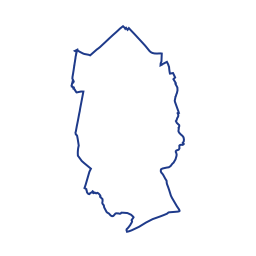 Ciclova Romana, Caras-Severin, Romania (Natural Earth projection), rotated 69°
{"feature_id": "2599482B12513068157947", "entity_name": "Ciclova Romana", "entity_type": "district", "adm_level": 2, "iso_a3": "ROU", "parent_name": "Romania", "parent_adm1": "Caras-Severin", "projection": "natural_earth1", "projection_center": [21.737, 44.976], "detail": "fine", "context": "isolated", "style": "outline", "palette": "blue", "viewbox_px": 256, "rotation_deg": 69, "n_neighbors": 0, "source": "geoboundaries", "source_scale": "gbopen_adm2", "svg_char_len": 5356}
<svg xmlns="http://www.w3.org/2000/svg" viewBox="0 0 256 256"><g transform="rotate(69 128 128)"><path d="M191.0,110.9L188.6,111.4L184.7,111.9L183.8,112.1L183.0,112.3L182.2,112.6L181.5,112.9L180.3,112.9L179.9,112.8L179.5,112.6L179.1,112.4L178.7,112.2L178.4,111.9L178.2,110.3L178.4,108.9L178.6,107.5L178.8,106.2L179.1,104.8L179.3,104.0L178.8,101.9L177.2,99.3L176.7,97.9L174.3,94.9L171.4,92.7L170.2,92.1L169.4,92.0L168.7,91.9L167.6,92.0L166.8,91.7L166.3,90.8L166.4,90.1L166.4,89.4L166.4,88.7L166.3,88.3L165.5,87.3L162.9,86.4L162.6,85.9L162.6,85.5L162.6,85.1L162.6,84.7L162.8,84.3L162.9,83.9L163.2,83.4L163.3,83.1L163.3,82.8L163.2,82.5L163.2,82.2L163.0,81.9L162.9,81.7L162.5,81.9L162.2,82.0L161.8,82.1L161.5,82.2L161.2,81.7L160.9,81.3L160.4,80.7L158.8,79.9L156.6,79.5L154.8,80.0L153.9,80.5L153.0,81.0L152.0,81.4L151.1,81.8L149.4,82.1L148.5,81.8L146.8,80.8L146.4,80.7L146.0,80.8L145.5,80.1L144.5,79.4L143.6,79.2L143.0,79.5L140.7,80.6L138.7,80.8L138.3,80.1L136.1,78.2L135.4,77.2L134.9,76.9L134.6,76.7L134.2,76.5L133.8,76.4L133.4,76.3L133.0,76.3L132.6,76.3L132.2,76.4L131.9,76.4L131.7,75.8L132.0,75.1L130.3,75.0L121.4,74.8L120.6,74.8L119.3,74.6L116.1,72.6L115.8,72.5L115.4,71.9L113.9,70.8L113.0,69.9L110.6,68.3L108.8,67.7L107.9,67.4L103.7,67.9L103.3,67.3L102.1,67.5L98.7,68.1L97.7,65.9L94.9,66.1L92.8,66.3L92.4,68.7L92.3,69.3L91.8,69.3L89.8,68.9L88.2,68.5L87.4,68.3L85.7,67.8L84.1,67.8L83.1,67.7L80.2,68.0L80.5,70.7L80.6,71.3L80.7,72.8L81.0,73.3L81.2,75.2L79.3,74.3L77.8,72.9L74.3,71.4L70.6,69.8L70.0,70.9L68.8,74.5L67.8,76.7L66.7,78.3L66.4,78.6L65.4,79.5L63.9,80.3L58.7,82.0L56.7,82.7L42.6,88.3L37.6,90.4L35.1,91.4L35.5,92.0L35.8,92.6L36.2,93.2L35.7,93.4L35.2,93.5L33.8,93.9L34.4,95.0L33.3,95.2L31.2,96.2L32.3,99.8L33.5,102.7L34.4,105.0L35.7,108.5L37.4,112.8L42.4,125.1L43.1,127.3L43.5,128.9L44.8,132.4L46.6,137.3L45.6,138.4L43.2,142.3L42.3,143.3L41.3,144.2L40.2,145.2L39.1,146.1L37.7,147.2L36.7,147.1L36.8,147.9L36.9,148.8L37.0,150.0L37.6,149.6L37.9,149.2L38.4,148.7L38.6,148.7L38.8,148.8L39.2,149.0L39.5,149.3L40.1,149.7L40.4,149.9L40.4,150.0L41.1,150.3L41.3,150.5L41.6,150.6L42.4,151.2L43.1,151.6L44.5,152.3L44.7,152.5L45.3,152.8L46.2,153.3L46.3,153.4L47.1,153.8L47.6,154.1L48.2,154.5L49.0,154.9L49.3,155.1L50.4,155.7L50.4,155.8L51.6,156.4L51.8,156.5L52.8,157.1L53.2,157.3L53.9,157.7L54.8,158.2L55.1,158.4L56.2,159.0L56.3,159.1L57.4,159.7L57.9,160.0L58.5,160.4L59.1,160.7L59.7,161.1L60.2,161.4L60.5,161.5L60.8,161.7L61.9,162.2L62.0,162.2L62.3,162.2L62.9,162.2L63.1,162.1L63.5,162.2L63.8,162.1L64.2,162.1L64.6,162.0L65.1,162.0L65.4,162.3L65.8,162.6L66.0,163.0L65.8,163.2L65.6,163.3L65.5,163.5L65.4,163.5L66.0,163.9L66.4,164.3L66.8,164.5L67.1,164.7L67.7,165.1L68.3,165.6L68.5,165.6L68.8,165.5L69.1,165.6L69.2,165.4L69.1,165.2L69.4,165.0L69.7,165.0L69.8,165.0L70.1,165.0L70.4,165.0L70.6,164.9L70.8,164.8L70.9,164.7L71.0,164.7L70.8,164.3L70.7,164.1L70.8,164.0L71.1,164.1L71.3,164.2L71.5,164.4L71.6,164.6L71.8,164.7L72.0,164.3L72.2,164.2L72.4,164.1L72.7,164.1L73.0,164.1L73.2,163.9L73.3,163.9L73.5,164.0L73.7,163.9L74.2,163.8L74.6,163.7L75.0,163.7L75.3,163.5L75.6,163.5L75.8,163.5L76.1,163.4L76.4,163.2L77.1,158.8L78.0,156.6L92.2,165.4L93.7,166.3L94.8,166.9L97.1,168.4L103.3,172.2L107.7,175.0L112.3,177.8L113.0,178.3L113.5,178.7L114.0,178.8L114.6,178.9L115.3,179.0L115.6,178.7L115.9,178.6L117.0,178.3L120.3,178.9L126.8,180.3L127.8,181.0L128.9,181.7L130.0,182.3L131.2,182.9L132.3,183.4L133.5,183.9L134.7,184.3L135.9,184.7L142.2,183.0L144.9,181.6L152.7,177.2L155.0,179.7L165.8,187.9L168.2,189.9L168.4,190.1L168.6,189.9L169.1,189.7L169.5,189.2L170.3,188.8L170.9,189.1L171.0,189.1L171.5,189.0L172.1,189.1L172.6,189.2L173.1,189.3L173.8,189.2L174.4,189.0L174.7,188.9L175.2,188.7L175.6,188.3L175.9,187.7L175.5,187.2L175.4,186.8L175.3,186.6L175.2,186.3L175.1,185.2L175.1,184.8L174.7,184.2L174.4,183.7L174.7,183.5L175.6,183.5L176.2,183.7L176.2,183.8L176.4,183.7L176.4,183.4L176.5,183.2L176.5,182.8L176.3,182.2L176.5,182.0L176.9,181.9L177.2,181.6L177.6,181.1L177.5,180.5L177.5,180.4L177.5,179.9L177.8,179.5L178.4,179.2L178.8,178.9L179.2,178.7L179.4,178.6L180.0,178.4L180.7,178.2L181.4,178.1L181.5,178.1L181.9,178.5L182.2,178.7L182.5,178.6L183.0,178.2L183.6,178.1L184.4,177.7L184.6,177.5L185.3,177.3L186.2,177.6L186.8,177.8L187.6,178.2L188.4,178.7L188.9,178.9L189.3,178.9L189.8,178.8L190.2,178.8L190.7,178.6L191.5,178.3L192.6,178.5L193.6,178.7L198.6,178.1L199.5,177.7L201.1,176.4L203.3,175.6L203.7,175.3L204.0,175.1L204.2,174.8L204.5,174.6L204.6,174.3L204.7,174.1L204.8,173.9L204.8,173.6L204.8,173.4L204.8,173.2L204.7,172.9L203.4,170.4L203.4,169.6L204.3,167.6L205.0,166.6L205.2,165.9L205.1,165.6L205.1,165.2L204.9,164.9L204.7,164.5L205.3,163.0L207.2,159.0L210.1,156.2L212.6,155.0L213.3,154.8L213.9,155.5L215.0,157.3L215.4,157.7L216.5,157.6L217.1,158.0L217.3,158.2L218.0,159.0L218.7,159.9L219.4,160.7L220.0,161.7L220.6,162.6L221.1,163.5L221.6,164.5L222.0,165.5L222.8,166.0L224.5,166.1L224.7,164.8L224.8,163.6L224.8,162.3L224.8,161.1L224.2,153.1L222.7,145.0L221.9,137.6L222.0,133.8L222.1,130.0L222.1,126.2L222.0,122.4L221.8,121.8L221.6,121.2L221.4,120.6L221.4,120.0L223.9,111.5L224.1,110.2L223.9,109.6L223.6,109.5L223.2,109.5L222.8,109.5L222.4,109.5L218.6,110.4L211.3,111.6L210.1,111.8L208.9,112.0L207.7,112.1L206.5,112.2L203.5,112.0L200.5,111.8L197.5,111.7L194.5,111.7L193.6,111.6L192.7,111.4L191.8,111.1L191.0,110.9Z" fill="none" stroke="#1e3a8a" stroke-width="2"/></g></svg>